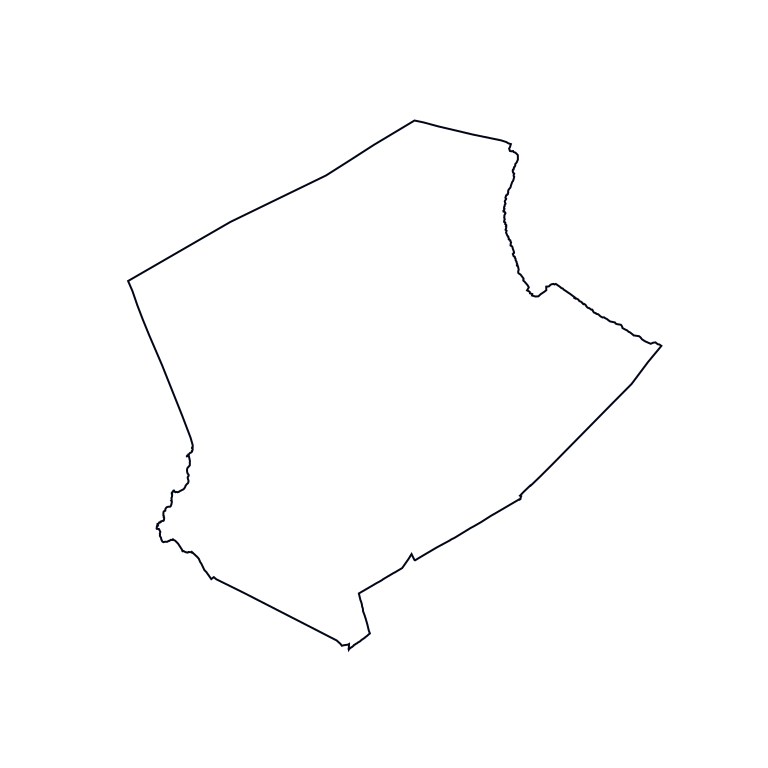 the district of Jurilovca, Tulcea, Romania, rotated 245°
{"feature_id": "2599482B31107458884673", "entity_name": "Jurilovca", "entity_type": "district", "adm_level": 2, "iso_a3": "ROU", "parent_name": "Romania", "parent_adm1": "Tulcea", "projection": "albers", "projection_center": [28.891, 44.764], "detail": "fine", "context": "isolated", "style": "outline", "palette": "ink", "viewbox_px": 768, "rotation_deg": 245, "n_neighbors": 0, "source": "geoboundaries", "source_scale": "gbopen_adm2", "svg_char_len": 6130}
<svg xmlns="http://www.w3.org/2000/svg" viewBox="0 0 768 768"><g transform="rotate(245 384 384)"><path d="M585.5,195.6L574.6,195.3L559.4,193.7L543.7,192.6L527.2,191.8L494.7,190.8L440.4,187.7L417.1,186.0L409.5,184.8L407.6,183.9L407.6,183.3L407.3,183.0L407.0,182.9L406.6,183.3L406.4,183.3L405.1,182.7L404.5,181.9L404.5,181.7L404.1,181.6L403.6,181.0L403.4,179.6L403.5,179.2L403.2,178.3L402.7,177.4L402.6,176.8L402.7,176.7L402.1,176.0L402.0,175.7L401.9,175.2L402.1,175.1L402.0,174.9L401.8,174.8L401.4,176.2L401.2,176.7L396.3,175.6L394.7,174.7L394.1,174.5L392.3,173.6L391.9,172.6L391.6,172.1L391.3,171.1L391.0,170.5L390.3,169.8L389.5,169.2L387.4,168.4L385.7,168.2L384.7,168.5L384.0,168.5L383.3,168.1L383.0,167.4L382.5,166.7L381.4,166.3L378.8,165.9L378.1,165.5L377.0,164.5L376.6,163.0L375.7,161.2L374.8,160.4L373.6,158.6L373.3,157.4L373.2,153.7L373.0,152.9L373.1,151.2L373.7,150.6L374.0,150.0L374.1,149.2L374.8,148.8L376.0,148.7L376.3,148.6L376.3,148.4L376.3,148.0L376.0,147.5L374.9,146.2L375.2,145.9L375.0,145.6L373.6,145.1L373.1,145.2L371.2,144.0L370.5,143.2L368.3,142.4L368.1,142.2L368.1,141.9L367.3,142.1L366.7,141.9L365.6,141.0L365.0,140.7L363.3,138.9L363.2,138.4L363.4,137.8L363.9,136.7L364.1,135.8L364.1,134.8L363.6,133.8L362.9,132.9L361.6,132.2L361.7,131.0L361.5,130.5L361.1,130.0L358.2,128.5L357.2,128.7L356.9,128.3L356.4,128.0L355.6,128.2L354.0,127.3L353.4,126.7L353.2,126.3L353.6,125.5L353.6,124.0L353.7,123.6L353.2,123.3L353.1,122.9L353.5,122.5L353.5,121.7L352.8,120.9L352.7,120.4L352.9,119.8L352.4,119.7L352.3,119.3L351.1,119.3L351.0,118.7L351.2,118.2L350.9,117.9L350.0,117.5L349.3,116.9L348.7,116.9L347.8,118.7L344.6,118.8L344.2,118.6L343.2,117.6L342.3,117.4L341.1,116.7L338.7,116.9L337.4,116.5L335.3,116.5L334.7,116.7L333.9,117.2L333.5,119.1L332.6,120.8L332.8,122.6L332.5,123.2L332.9,124.8L332.7,125.3L332.1,126.0L332.0,126.4L332.4,127.1L331.6,127.4L330.3,128.5L326.4,129.9L319.2,130.9L317.6,130.7L317.4,130.9L317.4,131.7L315.7,132.9L315.2,133.4L315.0,133.8L314.4,134.3L314.2,134.8L314.2,135.3L314.4,135.7L313.2,137.9L312.5,138.5L312.9,138.9L312.5,139.1L306.3,141.6L304.0,142.3L300.0,142.2L298.6,142.5L291.0,142.6L290.4,142.9L288.7,143.5L280.2,145.0L280.9,148.1L277.9,149.5L252.8,169.6L171.6,232.7L166.9,234.7L164.6,235.2L164.2,237.2L163.0,241.3L163.1,242.4L159.5,240.5L159.0,240.0L158.1,239.8L158.6,240.6L159.2,243.3L159.2,244.1L159.7,245.8L160.1,246.4L160.1,247.4L160.4,248.6L160.4,250.0L160.7,250.9L160.9,253.4L161.5,255.4L162.2,259.6L162.5,260.2L162.7,261.6L163.6,264.6L163.9,265.8L166.8,266.0L173.2,267.3L180.2,268.4L181.2,268.4L181.8,268.6L187.0,269.0L189.6,270.0L191.4,270.1L194.0,270.9L196.8,271.3L198.0,271.3L204.8,272.7L206.7,293.3L206.9,297.3L207.2,299.7L207.4,300.4L207.7,303.1L208.7,313.4L208.6,314.1L208.7,314.5L209.5,322.7L215.0,332.2L218.2,337.1L211.9,337.2L211.4,337.3L211.1,337.6L211.1,337.9L211.8,344.3L213.6,363.1L214.4,377.3L214.7,379.1L214.8,383.2L216.9,401.7L217.1,405.6L217.8,413.7L219.4,425.7L219.7,429.8L222.3,457.6L222.3,458.0L221.9,458.1L222.0,458.6L222.1,459.1L223.7,460.2L224.3,460.9L225.3,460.1L227.3,465.2L230.2,473.8L229.9,473.9L230.5,475.8L234.1,486.3L239.6,501.5L270.7,584.8L279.4,608.4L292.4,632.7L301.3,651.5L303.3,650.4L304.4,648.9L307.0,647.6L307.7,645.2L307.7,642.8L309.2,641.4L312.3,638.7L315.5,636.7L317.8,636.2L319.5,635.4L322.1,631.5L322.5,630.8L323.6,630.4L327.1,628.6L328.0,627.7L330.0,626.9L331.2,625.8L333.9,623.8L334.8,624.0L336.6,624.0L337.6,623.7L339.7,620.6L340.8,619.5L342.2,619.3L344.8,615.8L345.5,615.1L348.8,613.4L350.4,612.1L351.2,611.8L351.6,611.2L351.9,610.2L353.8,608.8L356.5,607.7L357.1,607.1L357.8,606.1L358.7,605.9L360.0,604.5L361.4,604.2L362.7,604.3L363.4,604.1L363.7,603.3L366.0,602.1L366.4,601.4L367.6,600.6L369.1,600.2L370.1,600.2L371.1,599.8L372.0,599.2L372.0,598.5L373.4,597.9L373.8,598.1L375.4,597.2L376.6,596.1L378.4,595.8L380.4,594.3L380.4,593.7L381.5,592.9L381.9,593.5L387.3,590.6L388.7,589.7L391.3,588.2L393.5,586.8L395.1,586.3L395.8,585.4L397.8,584.5L402.1,582.0L402.2,580.5L403.0,580.0L403.4,578.7L403.6,577.6L403.4,576.4L402.8,575.0L403.1,573.6L403.7,572.2L400.4,570.7L399.8,568.1L399.2,564.0L398.2,561.0L399.3,558.2L401.7,555.5L402.9,556.4L404.5,554.6L405.8,555.0L406.7,554.6L408.4,553.2L410.3,556.0L410.5,556.1L412.8,555.9L417.5,554.6L418.8,554.0L419.5,554.2L419.9,554.7L420.5,555.0L421.2,554.9L425.5,554.0L427.2,552.9L427.9,552.7L428.8,552.9L430.1,553.8L430.4,554.2L431.1,554.5L433.9,555.1L434.6,555.1L435.1,554.5L435.5,554.6L435.5,555.1L435.8,555.3L436.8,555.5L438.3,555.5L438.9,555.8L440.5,555.6L442.1,556.2L443.1,555.9L443.7,556.3L444.4,556.1L445.0,555.5L447.4,555.7L447.5,556.1L447.8,556.5L447.8,557.2L448.3,557.5L449.4,557.7L452.0,557.9L454.1,558.3L454.9,558.1L456.0,557.2L456.4,557.3L456.7,557.7L457.9,558.3L458.4,558.9L459.0,559.0L460.0,558.8L460.7,559.2L461.7,558.8L462.1,558.3L462.5,558.2L463.2,558.7L464.6,558.6L465.0,558.9L465.4,558.9L466.1,558.5L466.7,558.5L469.6,558.6L471.2,559.9L472.4,559.3L473.7,560.6L474.7,561.2L475.4,561.1L475.7,561.7L476.4,562.0L477.8,561.4L478.7,562.1L479.3,562.1L479.9,561.4L480.7,561.6L481.6,562.3L482.3,563.1L483.9,563.2L484.4,563.5L484.6,563.8L485.3,564.0L486.1,564.5L486.8,565.5L487.5,565.9L487.6,566.3L488.7,566.2L489.4,565.8L489.7,565.2L490.2,565.3L490.7,565.6L490.9,566.5L491.4,566.7L491.8,567.2L492.3,567.0L492.7,567.1L493.8,567.8L494.0,568.4L495.2,569.0L495.7,569.6L495.8,570.1L496.2,570.4L497.6,570.4L498.6,570.7L499.1,571.3L499.8,572.6L500.2,573.0L501.1,572.7L501.6,572.8L502.6,573.8L503.3,574.3L503.4,575.6L503.6,576.2L503.8,576.2L503.8,576.4L505.0,577.5L505.4,577.5L506.6,578.2L507.6,579.3L508.5,581.3L509.1,582.1L510.0,582.7L512.9,585.6L513.6,586.9L514.6,587.8L516.8,589.6L517.8,589.4L518.7,589.9L519.5,590.9L520.4,590.7L521.0,590.3L522.8,590.7L523.8,591.5L523.9,591.8L523.7,592.1L524.1,592.5L525.5,593.4L525.6,594.1L526.3,595.1L527.8,595.9L528.7,597.8L530.8,600.2L534.8,602.0L535.4,601.9L538.1,600.9L539.5,599.5L540.6,599.4L541.0,597.9L542.0,596.6L544.5,596.9L545.4,598.2L547.8,600.4L549.7,598.3L551.5,597.2L555.3,593.1L572.4,570.1L594.5,542.1L604.6,530.1L609.9,523.0L605.0,475.9L600.8,445.1L597.5,419.7L595.8,313.3L585.5,195.6Z" fill="none" stroke="#020617" stroke-width="2"/></g></svg>